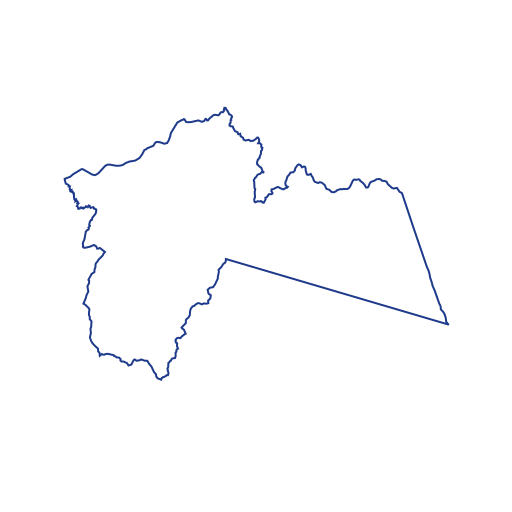 outline of Ituango, Antioquia, Colombia, rotated 191°
{"feature_id": "7082276B28262525732127", "entity_name": "Ituango", "entity_type": "district", "adm_level": 2, "iso_a3": "COL", "parent_name": "Colombia", "parent_adm1": "Antioquia", "projection": "robinson", "projection_center": [-75.707, 7.329], "detail": "fine", "context": "isolated", "style": "outline", "palette": "blue", "viewbox_px": 512, "rotation_deg": 191, "n_neighbors": 0, "source": "geoboundaries", "source_scale": "gbopen_adm2", "svg_char_len": 6149}
<svg xmlns="http://www.w3.org/2000/svg" viewBox="0 0 512 512"><g transform="rotate(191 256 256)"><path d="M390.3,128.3L388.6,130.4L387.6,130.0L386.3,130.1L384.6,131.2L382.7,131.7L376.7,131.5L376.2,130.8L374.5,130.5L373.6,129.9L371.0,130.1L369.2,128.9L369.1,127.5L368.0,126.8L365.6,127.1L362.1,126.2L360.3,124.2L357.7,125.6L356.2,130.5L355.3,131.3L353.3,130.4L350.4,131.4L349.1,132.5L345.1,132.0L342.7,132.4L340.2,129.6L337.6,127.6L333.8,122.4L331.6,120.8L331.0,118.8L329.3,117.2L325.5,116.5L325.4,118.0L324.1,119.4L323.5,119.5L321.7,120.9L321.1,121.9L319.7,122.2L319.5,124.0L320.3,126.1L320.9,126.7L320.8,127.6L321.5,128.7L321.0,130.2L321.6,134.3L321.1,134.7L320.3,136.5L319.7,136.8L319.1,138.7L318.5,139.5L316.0,140.4L315.8,142.6L316.5,145.6L315.9,146.9L316.2,148.3L315.8,149.3L314.9,150.2L316.4,152.5L316.7,155.1L317.5,155.8L318.2,155.8L319.0,158.0L318.6,158.4L318.4,159.7L317.7,160.4L316.7,160.9L314.6,160.9L313.4,163.0L311.0,165.7L310.2,166.3L312.7,169.9L314.6,170.8L315.4,171.6L312.1,176.7L312.6,179.8L312.1,180.9L310.7,182.4L310.1,183.9L309.7,185.4L310.2,189.6L309.9,192.0L308.6,194.5L307.1,195.2L306.4,196.5L304.1,198.6L302.7,198.8L299.8,198.2L298.4,199.4L295.3,199.8L293.8,200.6L294.5,203.2L292.8,205.4L292.8,208.6L293.3,209.2L294.7,209.5L295.5,210.2L297.0,213.6L295.1,216.1L292.2,217.2L290.8,220.3L289.2,226.5L289.5,228.2L289.4,233.1L290.1,235.4L287.9,238.6L286.7,241.8L284.9,243.8L284.7,245.2L285.0,247.3L53.6,225.4L55.0,226.1L56.8,227.9L57.9,231.4L59.8,234.9L61.5,236.8L64.4,238.9L64.9,241.0L65.8,242.9L66.7,243.7L74.2,256.5L76.9,260.3L78.5,263.8L80.7,267.5L82.3,271.6L83.9,274.7L86.3,278.1L107.2,314.5L124.5,345.2L124.9,345.7L127.3,346.4L130.6,349.7L133.8,348.5L135.5,348.8L140.2,351.6L142.0,353.8L143.8,354.2L146.5,353.9L148.1,354.9L150.1,355.1L152.5,354.2L153.5,353.0L157.5,350.5L158.3,348.7L158.9,345.3L159.5,344.5L161.2,344.3L162.8,346.4L165.2,348.3L168.0,349.6L168.9,350.7L170.1,350.8L172.1,349.9L174.3,349.8L175.3,348.5L176.7,342.9L177.4,341.0L178.4,339.7L179.6,339.0L182.7,338.6L184.2,337.9L185.8,337.8L188.9,336.1L189.9,334.7L191.6,333.5L194.0,333.2L196.5,334.9L199.7,335.4L202.2,338.9L205.4,340.5L207.4,340.7L208.6,339.7L209.3,339.5L212.5,340.1L213.8,341.4L215.1,343.8L216.8,345.4L217.9,347.0L220.1,345.6L221.1,345.6L221.8,346.0L223.5,349.4L224.1,351.7L224.9,352.9L226.1,353.0L227.8,351.8L229.7,353.8L231.7,354.0L232.6,353.1L233.7,350.7L234.2,349.6L234.2,347.3L235.1,345.8L235.5,345.3L238.0,344.5L239.1,341.8L240.3,340.0L240.7,336.2L241.2,334.2L241.0,332.6L240.2,331.0L239.3,330.3L238.0,330.0L238.7,328.8L239.8,328.4L241.9,326.6L245.7,327.3L246.6,327.8L248.2,327.8L251.9,324.9L253.4,324.4L253.3,322.5L251.9,321.2L251.9,320.2L253.0,319.5L255.1,319.2L256.4,316.1L257.9,315.0L257.4,313.5L258.5,309.8L259.7,309.7L260.3,310.4L261.6,310.9L262.2,310.3L264.8,310.1L266.8,308.6L267.4,308.7L268.0,309.4L268.6,311.4L268.2,313.5L269.5,318.7L269.5,321.6L270.5,322.5L271.9,328.5L272.4,329.2L272.7,330.3L272.1,331.4L271.9,332.6L271.2,333.1L270.1,335.8L269.0,336.8L267.8,337.3L266.4,339.3L263.9,339.5L265.6,340.2L267.7,343.7L268.8,344.0L272.4,346.3L272.4,347.0L272.9,347.6L272.6,350.9L272.1,351.2L272.0,352.1L271.1,353.1L271.4,353.8L270.7,357.3L271.1,360.0L270.4,360.9L270.4,363.4L271.3,363.5L271.3,364.1L271.9,364.9L272.0,366.4L273.6,367.4L275.4,367.1L274.8,368.9L275.0,370.3L275.8,371.9L276.8,372.7L277.4,372.5L278.6,370.7L281.0,368.4L281.9,368.4L283.2,367.8L285.3,368.7L288.2,367.4L290.1,367.8L290.7,368.3L291.1,369.5L293.9,370.6L294.0,371.4L294.8,372.1L294.9,372.9L296.2,372.2L296.9,372.4L297.7,374.0L300.0,374.4L300.7,374.9L303.0,377.6L303.1,378.3L303.8,378.7L305.7,378.5L306.9,379.0L306.8,379.8L307.1,380.5L306.4,381.9L306.8,384.6L306.3,384.9L306.6,385.4L306.5,387.2L306.0,387.8L306.7,389.1L308.4,389.9L309.3,389.9L311.4,392.8L313.1,394.1L313.8,395.4L314.2,395.5L314.8,394.6L315.3,395.0L315.5,393.0L315.1,392.4L315.9,390.8L317.6,390.6L318.2,390.0L319.0,387.8L319.9,386.9L323.2,386.8L324.7,386.1L328.1,381.8L328.9,380.0L329.9,379.8L330.9,380.9L331.7,381.0L332.6,378.6L334.8,377.4L338.4,378.1L345.3,375.1L349.0,374.2L350.3,374.3L352.2,376.5L353.0,376.6L353.5,375.9L354.8,375.3L358.7,372.0L363.0,360.5L363.1,356.8L363.8,352.6L364.8,349.9L367.5,348.7L371.4,349.3L374.5,349.2L375.8,348.7L376.6,347.8L377.8,344.6L383.3,341.0L384.4,339.6L385.8,338.7L387.2,333.9L389.1,329.9L392.8,326.6L398.4,324.5L401.9,322.2L404.0,320.0L406.8,318.7L410.4,317.9L417.4,317.8L419.4,317.2L421.3,315.6L426.2,307.6L428.0,305.7L429.7,304.6L432.4,304.7L442.7,308.2L443.9,307.9L451.2,301.3L453.4,298.4L458.4,295.3L458.1,294.9L458.3,294.2L456.5,290.8L453.5,289.9L453.0,289.2L453.1,288.7L452.1,288.8L452.3,288.3L451.4,286.4L451.5,285.9L450.9,285.7L450.9,284.4L450.6,284.3L449.8,285.2L449.7,284.1L448.7,284.6L448.2,284.2L448.3,283.5L447.1,283.1L447.1,282.4L446.6,282.3L445.8,278.6L445.0,276.8L444.7,276.7L444.0,277.2L444.0,276.3L443.5,276.5L443.5,275.8L442.9,276.6L442.4,276.1L442.3,275.3L441.3,275.1L441.1,274.1L440.5,273.9L441.3,273.2L440.8,272.7L441.3,270.8L440.9,270.8L440.0,269.7L439.6,268.5L439.0,268.4L437.9,269.2L437.7,270.0L437.0,270.4L436.5,270.0L435.4,270.3L435.5,269.7L434.5,269.6L433.3,271.0L432.1,271.7L432.2,272.3L431.3,272.1L430.6,272.6L430.3,272.2L429.8,273.3L429.5,272.8L428.8,273.2L428.6,272.5L427.9,272.3L427.6,271.7L425.0,272.9L424.0,271.6L423.5,271.8L423.1,271.4L421.9,271.3L421.5,270.6L421.6,269.6L421.3,268.4L421.8,266.3L423.9,262.5L424.0,260.1L424.8,259.9L425.6,258.0L425.7,254.7L424.8,253.9L425.9,252.0L425.4,251.4L425.4,250.1L426.9,248.9L427.7,247.3L427.6,239.8L428.5,235.5L427.8,233.6L427.7,232.0L426.6,231.3L424.7,231.7L420.9,233.4L417.2,235.9L414.6,234.9L413.3,232.9L412.2,233.1L410.9,234.1L410.3,233.9L405.0,231.1L406.1,229.3L406.6,227.2L410.1,222.0L410.5,220.5L411.8,218.2L411.9,216.9L411.5,214.5L411.9,212.0L411.6,209.3L413.9,207.1L415.9,200.9L415.9,200.5L415.1,199.9L414.7,197.6L415.7,194.1L413.8,189.1L414.9,185.2L415.1,181.8L416.3,176.3L414.3,175.6L410.4,173.0L409.4,172.0L409.0,167.4L408.6,166.1L407.5,164.3L407.1,162.2L405.0,160.5L404.3,155.0L404.6,152.8L403.4,149.1L403.5,144.5L403.2,143.8L401.8,141.4L400.0,139.3L396.6,136.8L393.5,135.0L392.7,132.2L391.2,131.2L390.3,128.3Z" fill="none" stroke="#1e3a8a" stroke-width="2"/></g></svg>